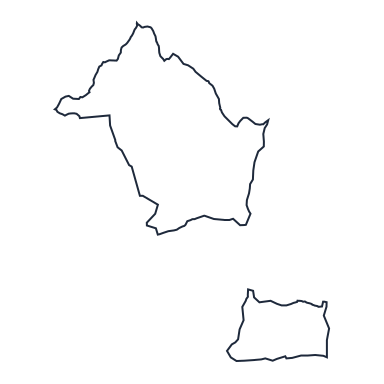 outline of Lavun, Niger, Nigeria
{"feature_id": "59680162B89203090045374", "entity_name": "Lavun", "entity_type": "district", "adm_level": 2, "iso_a3": "NGA", "parent_name": "Nigeria", "parent_adm1": "Niger", "projection": "natural_earth1", "projection_center": [5.651, 9.275], "detail": "fine", "context": "isolated", "style": "outline", "palette": "slate", "viewbox_px": 384, "rotation_deg": 0, "n_neighbors": 0, "source": "geoboundaries", "source_scale": "gbopen_adm2", "svg_char_len": 3247}
<svg xmlns="http://www.w3.org/2000/svg" viewBox="0 0 384 384"><path d="M157.8,234.6L159.6,234.2L163.5,232.8L168.3,231.2L174.0,230.4L176.8,229.7L179.3,228.0L182.4,226.5L184.3,225.9L184.5,225.7L185.0,225.3L185.5,224.8L187.3,221.2L190.6,220.1L192.3,219.2L193.9,219.1L194.7,219.1L196.6,218.3L204.2,215.7L205.0,215.9L213.9,219.0L223.9,219.9L224.6,220.0L229.4,220.0L232.4,219.0L233.1,218.8L240.1,225.2L244.9,225.0L245.9,224.8L250.5,213.7L249.1,211.5L247.9,208.8L246.6,205.1L246.9,200.1L249.0,193.4L249.8,188.5L250.1,184.1L252.9,179.5L253.3,170.5L254.5,162.2L258.2,151.5L263.8,146.5L263.9,141.6L263.3,134.0L264.7,128.1L267.1,124.4L268.2,120.2L265.3,122.3L263.2,124.3L262.4,124.2L259.9,124.7L255.4,124.0L252.7,121.8L248.1,118.3L246.8,117.7L243.3,117.8L240.2,121.0L238.5,123.3L237.2,126.4L235.1,126.3L232.3,124.1L224.5,116.3L221.9,112.4L221.0,109.8L220.2,109.4L220.0,108.6L220.3,107.9L219.2,103.2L218.9,99.0L215.8,93.5L214.2,88.7L212.5,85.7L209.2,83.1L208.7,81.6L208.4,81.2L207.4,81.0L206.6,80.9L201.5,76.8L195.6,71.9L193.3,68.7L188.1,65.3L183.5,63.9L178.1,56.7L173.1,53.8L170.4,57.3L168.9,59.1L167.4,58.9L166.3,59.1L165.4,59.9L164.3,60.8L163.2,59.0L160.4,56.2L159.3,52.8L159.1,50.5L159.0,47.9L158.7,45.9L157.7,44.4L156.9,42.2L156.6,41.9L156.4,41.7L156.4,41.3L156.2,40.9L156.0,39.3L155.5,36.3L154.1,33.5L153.3,31.2L151.6,28.3L150.6,27.3L147.5,26.5L144.6,26.9L143.1,27.5L141.6,27.3L140.4,26.0L139.0,24.9L138.0,24.4L136.9,23.0L136.8,23.8L137.2,25.2L136.8,26.4L135.7,28.3L134.8,29.3L134.3,30.4L133.1,33.5L131.8,35.8L130.8,37.0L130.1,38.7L129.3,40.0L128.5,41.1L127.3,42.8L126.3,43.9L125.5,44.6L123.2,46.0L121.6,47.5L120.9,50.0L120.8,52.6L118.8,55.4L117.9,58.9L116.6,60.6L109.2,60.3L106.3,61.6L104.9,62.3L103.3,62.0L102.0,64.1L101.5,65.4L99.3,66.6L98.2,69.2L97.4,71.9L95.6,74.9L94.3,78.0L93.5,79.8L93.9,82.9L93.3,85.1L91.7,86.6L89.9,88.8L89.0,90.9L89.5,92.3L88.7,92.8L85.9,95.1L82.4,97.3L80.4,97.0L78.9,99.0L73.1,98.7L68.8,95.9L65.5,96.6L61.3,99.0L59.1,103.7L57.0,107.5L54.9,109.3L56.4,109.9L57.4,111.8L59.8,113.3L62.4,114.2L64.9,115.6L66.4,114.8L68.7,113.7L71.1,113.4L74.2,113.3L76.6,113.8L79.4,116.2L79.9,118.1L109.5,115.4L110.1,125.5L115.3,140.1L115.2,140.9L117.6,147.3L121.7,150.5L129.1,165.1L131.7,166.6L139.9,195.8L142.8,195.8L157.9,204.7L155.2,213.8L146.8,222.7L146.9,225.5L155.9,228.3L157.8,234.6ZM326.9,357.3L326.9,340.1L329.1,328.5L323.8,315.6L326.5,306.7L326.6,302.2L324.4,301.7L323.7,301.7L323.1,301.7L322.0,306.5L320.7,306.6L318.9,306.8L318.3,306.8L317.7,306.2L316.0,305.8L314.8,305.6L313.4,305.0L312.8,304.9L311.9,304.4L311.7,304.0L309.6,303.3L307.4,302.8L306.4,302.5L305.4,301.7L304.7,301.5L303.4,301.7L303.0,301.7L302.1,301.2L301.4,301.0L299.3,300.8L298.4,300.8L297.5,300.7L297.1,301.9L295.5,302.4L293.5,302.9L291.0,304.0L286.4,305.4L281.6,305.4L276.9,303.8L270.6,300.8L259.4,302.3L254.1,297.4L253.1,290.8L248.1,289.4L247.9,293.1L247.8,294.8L247.9,296.8L246.4,298.8L245.7,300.9L243.6,304.6L242.3,306.9L243.6,320.2L240.9,326.4L239.6,329.4L238.1,339.3L235.3,342.4L231.8,344.4L227.0,350.9L230.8,357.4L236.5,361.0L244.3,360.7L254.7,360.0L255.4,359.9L261.3,359.4L265.3,358.4L272.7,360.7L276.9,358.9L285.3,356.3L286.4,358.4L292.2,357.9L301.2,355.5L308.1,355.5L315.2,355.0L323.4,355.8L326.9,357.3Z" fill="none" stroke="#1e293b" stroke-width="2"/></svg>